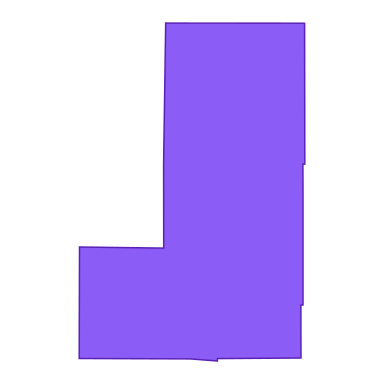 outline of Lincoln, Colorado, United States of America
{"feature_id": "52423323B65338081573095", "entity_name": "Lincoln", "entity_type": "district", "adm_level": 2, "iso_a3": "USA", "parent_name": "United States of America", "parent_adm1": "Colorado", "projection": "albers", "projection_center": [-103.434, 39.041], "detail": "fine", "context": "isolated", "style": "filled", "palette": "violet", "viewbox_px": 384, "rotation_deg": 0, "n_neighbors": 0, "source": "geoboundaries", "source_scale": "gbopen_adm2", "svg_char_len": 354}
<svg xmlns="http://www.w3.org/2000/svg" viewBox="0 0 384 384"><path d="M303.0,193.2L302.9,164.1L304.8,164.1L304.6,23.3L302.8,23.2L167.5,23.1L165.7,23.0L163.6,164.0L163.7,248.1L79.5,247.0L79.2,358.5L190.2,358.9L217.4,361.0L217.4,358.6L301.0,358.0L300.9,330.0L300.9,305.0L303.0,305.0L303.0,193.2Z" fill="#8b5cf6" stroke="#5b21b6" stroke-width="1.5"/></svg>